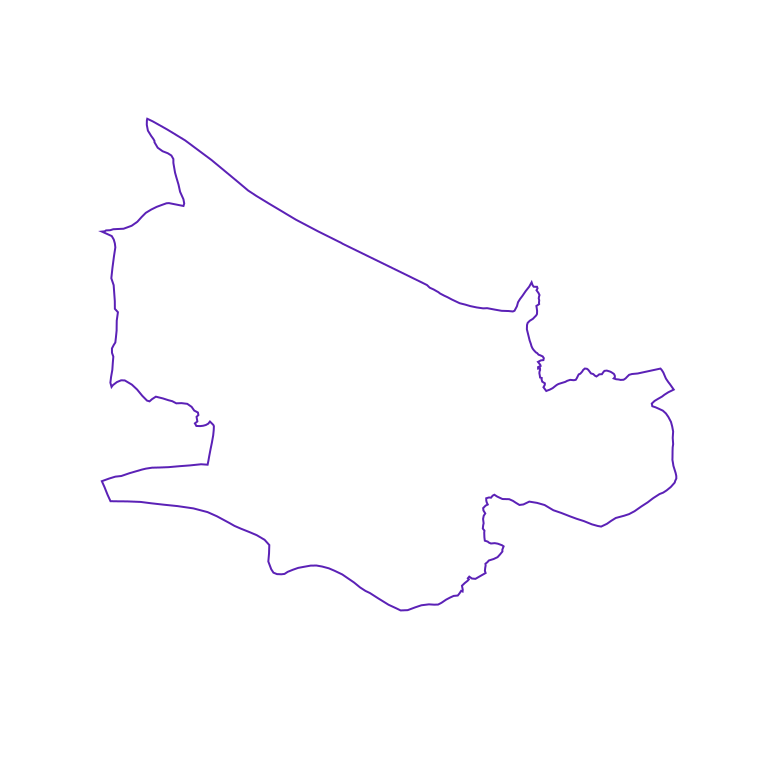 Ponhea Lueu, Kândal, Cambodia (Robinson projection), rotated 100°
{"feature_id": "14789045B73499055416904", "entity_name": "Ponhea Lueu", "entity_type": "district", "adm_level": 2, "iso_a3": "KHM", "parent_name": "Cambodia", "parent_adm1": "Kândal", "projection": "robinson", "projection_center": [104.799, 11.777], "detail": "fine", "context": "isolated", "style": "outline", "palette": "violet", "viewbox_px": 768, "rotation_deg": 100, "n_neighbors": 0, "source": "geoboundaries", "source_scale": "gbopen_adm2", "svg_char_len": 5457}
<svg xmlns="http://www.w3.org/2000/svg" viewBox="0 0 768 768"><g transform="rotate(100 384 384)"><path d="M451.3,100.6L449.5,98.9L444.5,93.5L442.5,90.2L439.7,87.2L435.5,83.6L430.6,80.6L428.8,80.4L426.3,79.7L423.8,80.2L421.1,81.3L417.4,83.2L414.3,84.8L411.9,85.6L408.6,86.8L406.5,87.1L402.8,87.7L399.8,88.2L396.3,88.7L393.0,88.8L387.0,90.3L380.6,91.0L375.8,92.8L371.5,94.8L367.0,98.3L364.0,101.3L361.8,104.8L360.6,109.3L359.8,112.5L359.3,115.9L356.8,116.9L353.7,114.6L351.0,111.5L348.1,108.0L345.9,106.0L342.7,102.5L340.9,100.0L339.2,97.7L336.8,100.1L334.6,102.3L332.7,104.4L329.7,107.3L327.6,108.7L324.2,110.9L322.1,112.8L320.8,114.4L329.6,136.0L331.1,141.5L332.4,144.2L334.5,145.7L336.6,147.1L338.2,148.8L338.9,151.7L338.8,153.5L339.0,156.3L338.6,158.7L337.2,157.8L335.6,158.2L334.1,159.4L332.9,162.2L332.5,163.6L332.1,166.9L332.8,169.2L334.3,170.1L336.5,171.1L337.1,173.7L338.1,174.5L339.7,176.1L339.2,177.7L337.9,179.6L337.6,182.1L336.3,183.4L334.5,185.4L333.8,186.8L333.9,188.9L335.6,190.3L337.4,191.0L339.8,192.5L340.7,193.9L342.9,194.6L344.7,195.1L346.6,195.9L347.3,197.7L347.6,201.4L349.1,204.2L350.4,205.8L352.3,209.5L353.7,212.2L355.0,213.8L357.0,215.6L358.8,217.2L360.8,219.8L361.9,221.7L362.7,223.0L359.5,226.4L356.9,225.5L355.4,225.7L354.2,228.6L352.1,229.6L350.7,229.7L350.5,231.4L348.4,232.1L346.3,232.9L344.5,233.0L343.2,232.7L341.5,233.1L342.1,234.9L340.6,235.2L339.0,232.9L337.9,233.5L335.5,236.2L333.5,233.6L332.8,231.2L330.8,231.1L329.3,232.5L328.6,235.1L328.3,236.9L327.0,238.5L326.5,239.9L324.7,242.3L323.3,243.8L321.2,245.3L319.1,246.3L315.9,248.1L305.3,252.8L301.0,253.4L298.8,253.1L296.4,251.4L294.0,248.7L292.5,247.7L290.0,246.0L288.5,245.5L285.5,245.9L282.6,246.8L280.7,247.5L278.4,245.1L277.0,245.5L274.5,245.7L272.8,246.5L270.9,246.5L269.4,246.3L267.5,247.7L265.2,250.1L263.1,249.4L261.7,250.2L262.0,251.7L262.2,253.5L260.9,254.8L258.2,256.3L262.9,257.9L267.9,260.6L273.2,263.0L276.7,264.8L280.2,266.2L284.4,266.6L289.2,268.2L290.2,269.7L290.5,273.9L291.5,280.9L291.5,287.9L291.4,295.5L292.3,299.5L292.5,306.0L292.3,312.5L291.7,317.9L291.3,323.5L289.0,331.9L287.5,336.5L286.6,339.9L285.1,344.6L284.1,346.4L283.6,347.9L282.3,351.5L281.7,353.8L281.2,355.7L279.1,358.8L278.0,362.5L253.1,449.0L252.5,450.5L245.1,475.5L237.5,499.2L233.3,510.3L232.2,513.1L226.4,528.4L220.9,542.5L217.0,551.5L210.1,563.4L193.3,592.9L178.6,622.2L171.0,641.7L165.5,657.4L163.9,663.2L165.5,663.3L170.0,662.6L175.5,660.5L180.3,656.2L182.5,653.9L184.4,652.3L185.8,652.0L190.6,647.9L193.2,642.5L194.3,637.0L195.9,633.1L199.0,630.5L202.9,629.8L212.1,626.5L216.7,624.3L223.3,621.0L230.1,618.2L236.9,613.6L240.9,612.1L243.5,612.4L243.2,627.2L243.8,629.6L245.9,633.3L249.0,638.6L252.6,643.5L256.8,648.3L261.5,651.6L267.1,655.1L272.0,660.0L276.3,667.4L278.6,677.5L280.1,680.4L281.0,684.4L282.1,685.5L282.9,688.3L284.4,682.4L285.6,677.8L288.7,675.2L292.2,673.5L296.1,672.3L305.2,672.1L316.6,671.6L327.2,670.9L333.6,667.4L349.1,663.5L356.7,662.1L359.5,658.5L368.0,658.2L373.0,657.4L377.8,656.6L384.6,656.1L389.8,655.8L392.4,656.9L396.2,658.1L400.5,657.3L404.1,655.3L409.7,654.8L417.3,654.0L424.5,654.0L430.2,653.7L434.2,651.8L432.2,650.8L428.5,647.4L426.0,643.5L425.5,639.9L428.4,632.2L432.3,626.2L437.6,620.0L441.5,614.5L441.8,611.9L439.2,609.8L436.1,606.5L436.4,602.1L436.6,599.2L437.4,593.4L437.7,589.5L439.1,585.2L438.0,580.1L437.7,574.3L439.9,569.5L443.1,566.3L444.4,562.3L446.8,561.4L448.9,562.9L453.3,561.3L455.6,563.4L457.9,561.5L457.4,557.8L456.5,554.8L455.3,552.3L453.6,550.2L451.2,548.9L453.9,545.0L455.1,544.2L458.8,543.7L464.1,543.3L471.5,543.3L478.4,543.5L485.8,543.6L490.1,543.6L494.1,543.7L494.8,550.2L497.9,561.1L500.5,571.3L503.3,581.7L505.2,590.5L506.7,597.9L508.7,603.8L510.3,607.5L516.0,619.1L520.2,626.7L521.9,632.5L524.8,638.2L528.7,645.0L534.0,641.4L541.1,637.0L546.9,633.0L546.1,627.9L544.2,616.5L542.4,603.2L541.9,592.7L541.1,579.9L540.1,566.2L539.6,550.1L540.8,535.5L543.3,525.5L547.7,512.2L549.7,506.6L551.3,499.9L553.2,490.8L555.0,483.0L558.2,474.5L562.5,469.0L570.8,467.8L578.9,467.1L586.0,462.9L589.0,460.1L589.8,456.4L589.2,452.0L588.3,449.0L585.7,446.2L582.7,441.4L580.0,436.6L577.9,431.0L575.6,424.7L574.5,419.0L574.5,413.3L575.1,406.3L576.5,400.3L578.8,392.0L580.9,387.4L584.6,379.2L588.5,372.2L591.0,366.3L592.3,361.6L596.1,352.5L598.4,346.7L600.6,341.2L602.8,332.9L604.1,328.3L602.6,321.4L598.6,314.6L595.4,308.7L593.2,301.5L592.6,296.2L591.8,292.4L589.5,289.4L585.6,285.4L582.8,281.8L580.6,278.6L579.5,274.6L577.1,273.3L574.3,272.1L574.7,270.6L573.0,270.7L569.1,272.2L566.0,269.9L563.3,267.5L561.7,266.5L560.8,267.7L558.9,266.6L560.3,263.6L560.0,260.1L555.8,255.1L552.5,251.1L550.5,252.2L547.4,252.4L545.1,252.4L543.4,252.9L541.6,251.3L539.6,250.1L537.3,245.6L534.8,242.1L531.8,240.2L528.4,238.3L526.6,238.7L523.1,238.0L522.3,239.8L521.5,244.2L521.5,247.3L522.5,251.0L522.0,253.1L521.2,254.5L520.8,257.5L517.6,258.5L512.9,259.5L511.0,259.6L509.2,261.6L505.8,261.8L503.9,261.7L499.7,263.0L496.4,262.9L493.9,261.8L491.3,264.1L489.0,264.8L486.1,262.8L484.7,260.9L482.9,262.2L481.2,263.0L478.8,263.5L477.5,260.9L477.4,258.9L475.1,257.6L473.9,256.1L475.2,253.0L476.7,247.4L475.7,240.7L476.7,236.7L478.0,233.7L479.6,229.6L478.4,225.8L474.6,220.5L474.5,212.6L475.3,204.8L478.9,195.3L480.2,187.0L482.1,177.5L483.3,170.8L484.3,163.4L486.1,154.9L486.7,148.8L486.7,145.4L483.0,140.2L479.4,136.6L475.7,132.5L472.0,124.6L469.6,120.1L465.8,115.2L459.8,109.2L454.8,103.8L451.3,100.6Z" fill="none" stroke="#5b21b6" stroke-width="2"/></g></svg>